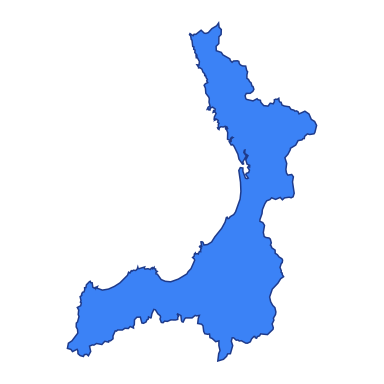 the district of Nuquí, Chocó, Colombia
{"feature_id": "7082276B77502299141728", "entity_name": "Nuquí", "entity_type": "district", "adm_level": 2, "iso_a3": "COL", "parent_name": "Colombia", "parent_adm1": "Chocó", "projection": "mercator", "projection_center": [-77.319, 5.746], "detail": "fine", "context": "isolated", "style": "filled", "palette": "blue", "viewbox_px": 384, "rotation_deg": 0, "n_neighbors": 0, "source": "geoboundaries", "source_scale": "gbopen_adm2", "svg_char_len": 5993}
<svg xmlns="http://www.w3.org/2000/svg" viewBox="0 0 384 384"><path d="M230.4,353.7L232.7,345.6L231.3,341.2L232.2,337.8L233.6,337.8L236.2,340.2L238.0,340.0L239.2,341.0L241.3,340.7L245.7,343.1L247.5,343.2L250.3,341.8L251.6,338.9L254.0,336.4L254.8,336.4L255.3,337.8L256.6,338.2L257.4,336.6L259.6,335.8L260.6,333.9L267.5,334.6L273.0,329.3L273.3,327.7L272.1,323.9L273.9,320.2L273.4,318.2L275.5,314.5L275.9,312.0L274.9,307.6L272.7,305.4L270.7,301.8L269.6,297.0L272.3,289.1L277.9,283.2L280.7,278.7L283.6,276.7L282.2,274.5L282.2,273.1L281.1,272.3L281.3,270.8L280.0,267.4L281.3,263.4L282.2,262.7L282.6,260.1L281.9,258.7L279.1,257.0L277.3,254.6L275.2,253.3L275.1,250.1L271.7,247.7L271.3,246.1L270.4,245.2L271.3,242.9L270.3,239.1L269.1,238.0L265.9,237.5L264.2,236.5L263.3,232.5L264.5,225.4L262.8,222.6L259.9,221.3L259.9,219.7L262.0,213.7L262.4,209.7L264.8,203.8L266.7,200.8L269.9,199.6L271.6,197.8L275.6,199.4L280.2,197.4L282.4,199.8L284.5,197.9L289.2,197.2L291.1,197.8L293.1,196.8L294.2,193.3L292.5,181.9L293.4,176.8L291.7,174.5L287.9,175.1L286.5,173.1L285.9,169.4L286.7,163.5L284.9,157.7L287.9,154.3L290.3,149.7L290.4,148.3L295.7,145.1L298.1,140.6L302.0,139.9L303.0,138.6L304.3,138.6L304.6,136.4L307.4,133.9L309.7,134.5L314.0,133.8L314.9,132.4L316.6,125.4L314.6,121.4L311.3,119.4L309.0,114.0L304.9,111.2L299.0,113.9L298.1,111.8L296.6,110.9L294.9,111.1L293.9,110.1L291.0,109.4L289.3,106.8L284.3,106.0L282.0,105.0L281.1,102.3L279.9,102.1L279.1,100.9L278.8,98.3L277.1,99.5L275.9,99.1L274.3,99.8L274.4,101.7L273.2,103.8L270.2,103.2L268.0,106.1L263.7,105.6L260.8,102.3L260.4,100.3L257.9,99.7L257.1,98.7L253.0,100.9L246.6,99.4L245.8,98.6L245.1,95.7L246.3,93.4L250.2,93.3L252.8,91.4L253.9,89.3L253.0,86.5L252.0,86.0L251.0,82.7L249.6,81.6L248.5,79.4L246.9,78.4L246.9,74.9L247.6,71.7L246.7,70.6L245.7,66.1L242.4,65.9L240.4,64.9L239.3,63.6L238.8,61.4L237.4,60.8L233.5,61.0L232.1,62.3L230.4,60.6L229.8,58.8L222.9,54.9L221.3,52.4L216.3,50.7L216.1,46.3L218.8,43.6L218.9,36.8L221.1,34.5L221.3,29.5L219.1,27.3L218.6,23.0L216.6,25.8L211.9,28.6L208.3,32.6L206.0,33.4L204.3,33.2L201.1,30.2L196.0,34.3L194.0,34.3L193.1,35.7L190.0,33.6L189.5,34.7L190.7,36.0L191.2,39.4L192.0,40.2L192.7,46.5L193.9,46.9L193.7,49.3L195.1,50.1L194.8,52.5L196.9,55.1L196.9,56.7L196.1,56.1L196.3,57.8L197.5,57.9L199.4,61.5L199.0,65.0L197.0,64.8L198.6,67.2L198.5,68.5L198.9,67.7L199.7,67.6L202.0,69.3L202.9,72.0L204.6,73.7L204.7,75.6L205.6,75.5L206.2,77.8L207.4,79.4L206.7,80.9L207.7,82.6L205.4,83.7L204.1,85.3L205.4,88.1L205.8,93.2L208.8,97.2L209.3,98.8L209.0,102.1L210.0,105.9L208.1,107.2L207.3,109.1L208.0,108.8L208.8,109.2L208.6,109.8L210.0,110.0L210.5,107.3L211.7,107.7L212.6,107.1L215.3,109.1L214.9,110.8L213.6,110.5L213.1,112.4L214.9,111.8L216.1,113.5L214.4,116.8L214.1,119.1L215.3,119.0L214.7,120.2L216.8,119.3L218.3,120.5L217.6,122.2L219.0,123.3L218.3,124.5L218.4,127.8L217.6,127.8L217.9,128.7L219.0,129.5L219.3,127.9L220.8,126.7L223.3,127.0L225.1,126.3L226.9,126.9L227.9,129.2L226.6,127.7L225.5,127.5L225.6,128.9L226.7,130.0L227.7,132.5L227.5,139.2L230.2,140.6L230.7,138.3L232.2,137.0L232.7,136.9L232.1,137.4L232.9,137.6L231.1,138.9L231.1,141.5L229.3,141.8L231.2,145.0L232.4,144.5L234.0,146.2L237.9,154.2L239.0,159.2L242.5,164.1L243.5,164.0L243.5,163.2L242.3,163.2L242.4,162.7L246.3,156.0L243.8,152.5L244.4,150.2L245.0,150.0L244.7,152.3L245.1,153.6L248.0,155.6L245.8,159.9L247.1,164.2L249.7,165.3L249.6,166.9L248.6,166.2L247.6,167.4L249.5,170.1L248.6,172.6L246.4,173.3L245.8,174.5L248.3,178.1L247.0,178.7L245.5,178.2L242.9,171.3L242.9,168.0L240.3,167.6L238.8,170.4L240.5,182.2L240.9,191.5L240.1,199.1L235.5,212.0L233.7,214.6L230.2,216.7L228.8,218.5L227.6,218.5L227.2,217.2L226.4,217.5L225.1,222.1L221.7,228.3L214.8,236.9L211.6,242.0L207.6,244.5L204.0,245.0L203.0,242.4L201.9,241.7L200.9,241.9L201.8,246.7L201.1,246.9L200.7,246.2L200.4,246.9L199.9,246.2L199.5,246.7L201.3,248.5L200.6,249.5L200.7,251.7L199.4,251.5L198.2,254.1L197.5,253.6L195.4,254.0L195.3,253.0L194.4,253.9L194.1,256.2L192.6,257.5L194.3,259.0L194.7,260.3L191.0,268.7L188.1,271.7L186.9,273.9L178.3,279.1L170.7,281.8L165.3,281.3L161.1,279.5L157.4,274.2L156.0,273.9L155.9,272.8L157.3,271.4L155.7,270.6L155.6,269.0L154.3,268.7L154.1,267.3L153.2,268.3L152.6,267.8L152.4,268.7L151.4,268.0L150.3,269.5L148.0,268.7L145.0,269.1L144.2,268.0L144.6,267.0L139.0,268.7L138.2,268.6L137.8,267.1L137.2,269.1L135.7,270.5L133.5,270.2L132.0,271.1L131.3,270.7L129.9,273.0L128.6,272.2L127.5,275.3L119.9,282.9L114.4,286.4L108.4,289.1L102.4,290.1L96.8,288.1L97.4,286.6L95.6,287.5L95.5,288.4L95.0,287.6L94.4,288.2L92.8,287.2L92.2,282.8L90.8,282.7L90.3,281.3L89.5,281.6L86.4,284.8L85.9,287.6L84.6,287.7L84.7,289.8L84.0,291.9L82.5,292.3L81.6,294.2L81.7,295.5L80.1,296.6L81.0,300.6L80.4,302.2L81.3,302.9L80.7,305.7L77.3,307.5L78.7,310.0L78.2,314.5L79.0,316.5L77.5,322.0L76.3,323.1L76.2,327.0L77.5,329.3L77.8,333.1L72.0,340.8L68.4,343.2L67.4,348.4L70.9,349.4L72.5,351.6L77.1,349.3L77.8,350.6L78.0,353.7L80.2,355.6L83.4,356.5L84.4,354.6L86.8,354.3L88.4,355.8L90.7,351.5L89.5,346.1L92.4,344.9L93.9,345.1L96.5,343.5L101.9,344.5L104.8,341.3L108.6,342.1L109.0,340.8L110.5,340.8L113.0,338.8L113.0,335.9L115.2,330.9L116.5,331.1L117.6,330.0L122.4,330.0L124.9,328.3L128.3,328.5L130.2,326.5L133.5,328.0L133.3,326.1L134.3,324.8L134.5,319.7L136.9,317.2L140.3,317.1L141.9,323.0L143.5,323.3L146.0,322.0L146.9,319.9L148.2,319.2L148.5,316.9L150.3,317.9L151.1,317.8L151.9,313.7L153.8,309.4L155.4,309.8L158.0,314.0L160.1,315.6L160.6,317.0L160.0,319.0L161.3,322.4L162.0,322.6L163.1,322.7L164.6,321.1L167.4,321.4L170.8,319.9L175.5,320.0L177.7,319.4L177.8,317.1L178.5,316.3L177.3,314.5L177.6,313.9L180.9,315.6L181.4,320.5L182.0,321.7L183.1,322.1L184.9,318.5L185.8,317.9L192.1,317.9L195.2,315.4L196.6,315.9L199.4,315.4L198.3,318.3L197.7,323.5L201.6,324.2L203.0,325.8L203.7,331.4L204.8,333.7L207.7,334.3L209.5,334.0L210.0,337.6L212.2,338.5L215.7,341.7L218.9,340.9L218.9,345.7L220.0,350.6L218.7,353.6L217.8,361.0L223.5,359.3L226.6,356.3L227.6,353.9L230.4,353.7Z" fill="#3b82f6" stroke="#1e3a8a" stroke-width="1.5"/></svg>